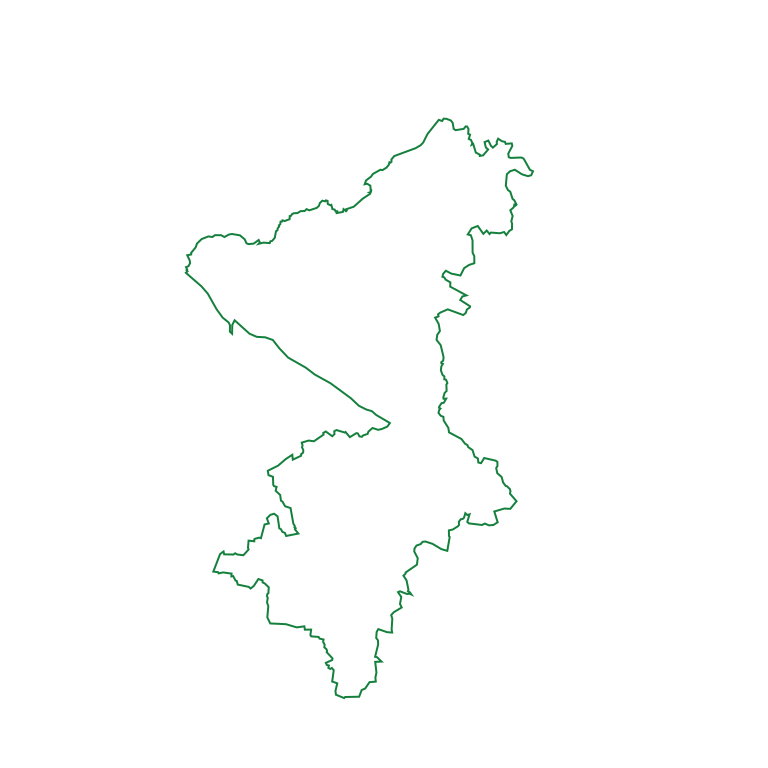 the district of Dundalk South Lea-7, Louth, Ireland, rotated 231°
{"feature_id": "5873133B29176849558462", "entity_name": "Dundalk South Lea-7", "entity_type": "district", "adm_level": 2, "iso_a3": "IRL", "parent_name": "Ireland", "parent_adm1": "Louth", "projection": "albers", "projection_center": [-6.463, 53.981], "detail": "fine", "context": "isolated", "style": "outline", "palette": "green", "viewbox_px": 768, "rotation_deg": 231, "n_neighbors": 0, "source": "geoboundaries", "source_scale": "gbopen_adm2", "svg_char_len": 6166}
<svg xmlns="http://www.w3.org/2000/svg" viewBox="0 0 768 768"><g transform="rotate(231 384 384)"><path d="M345.6,133.3L342.1,136.7L340.9,136.3L338.8,140.4L332.6,146.2L330.5,144.3L329.6,145.9L324.6,144.9L323.6,145.6L320.2,144.1L311.4,151.2L309.0,151.6L309.0,155.8L311.5,163.6L307.8,166.0L306.2,164.8L304.1,165.8L298.5,166.5L294.1,162.4L294.2,161.2L292.8,159.5L291.0,159.1L287.8,155.6L284.2,154.3L276.1,146.5L269.5,144.9L259.1,156.6L249.8,163.0L245.8,169.6L242.9,167.9L239.0,172.8L235.2,168.8L233.7,168.6L228.6,174.0L226.7,173.7L223.5,176.2L221.9,174.4L218.7,173.8L216.9,171.9L214.3,172.4L212.5,171.9L211.7,170.7L203.2,171.3L202.1,170.0L203.9,163.3L201.7,162.7L199.9,164.0L198.4,162.1L196.4,162.9L196.1,164.8L193.2,164.8L185.4,156.5L180.8,159.3L176.0,153.1L172.8,151.1L165.0,155.4L165.2,156.8L156.6,167.9L160.2,174.0L159.2,177.8L161.4,185.1L157.9,190.3L161.3,192.6L164.6,196.6L173.6,202.3L169.8,207.4L176.2,206.6L177.6,205.4L185.3,215.6L188.6,218.0L191.5,218.1L195.9,222.2L197.1,225.3L189.2,230.2L185.7,233.9L188.5,235.5L196.3,242.7L199.9,244.2L200.5,248.1L199.2,257.1L203.0,258.0L207.6,263.4L213.4,263.9L212.9,265.9L206.4,269.7L204.8,272.0L203.2,272.8L205.8,273.0L207.8,272.1L208.7,273.5L217.1,277.9L222.8,278.5L223.0,281.2L223.9,282.2L222.9,295.9L227.4,300.6L234.8,302.1L236.9,304.1L238.0,307.6L236.5,311.7L237.1,314.6L235.6,317.0L229.3,321.1L219.5,324.7L214.5,328.2L223.8,338.8L224.9,338.8L229.4,342.3L227.6,345.9L226.9,352.2L227.4,353.8L229.8,355.4L230.6,358.6L229.6,360.1L229.7,362.0L232.4,365.9L229.7,366.3L228.9,368.5L224.4,361.9L222.2,362.3L212.7,371.5L212.1,374.5L208.1,376.6L205.6,380.3L205.0,385.3L215.5,389.5L211.5,399.1L207.5,403.6L209.5,413.2L219.5,412.9L221.2,414.9L223.2,415.7L227.3,415.2L228.3,414.4L232.5,414.6L237.8,416.9L243.4,415.9L248.1,418.3L248.9,420.6L252.1,423.1L254.2,422.5L263.4,415.3L261.4,409.6L263.6,407.9L267.0,410.1L270.6,408.7L276.9,411.2L282.0,409.7L283.9,410.4L286.8,409.4L292.5,409.6L305.5,404.1L309.4,406.4L318.0,407.4L321.1,409.5L323.6,408.1L327.3,408.2L329.1,410.6L329.4,412.4L331.0,411.8L331.7,412.8L332.9,416.7L331.8,418.7L333.5,423.1L335.1,421.0L336.3,421.7L338.9,425.5L339.2,428.3L344.3,432.1L344.9,433.9L348.3,434.9L349.7,433.8L351.9,435.7L354.2,435.2L358.8,436.8L361.5,439.5L362.6,442.4L363.9,441.6L364.9,442.2L364.9,444.7L367.4,447.2L378.5,452.5L385.2,452.6L388.7,456.3L390.0,460.8L396.3,464.3L403.4,465.5L402.2,468.9L404.1,469.8L404.1,472.6L401.9,480.5L387.7,489.0L387.8,492.3L389.7,495.3L389.5,499.0L390.2,499.8L401.3,496.1L402.7,500.0L401.0,503.8L418.0,496.7L421.2,499.5L426.3,497.6L429.0,497.9L430.5,496.9L432.4,499.3L433.1,503.3L427.4,505.8L420.2,511.7L423.6,519.2L423.0,525.1L421.0,530.2L426.5,534.6L430.3,535.5L439.9,543.2L445.0,545.1L447.5,543.2L449.8,550.0L447.8,556.3L438.2,555.7L438.6,560.4L434.1,560.4L434.4,562.4L428.3,568.8L426.5,573.0L422.8,572.8L424.1,577.7L423.7,580.8L428.1,584.5L430.3,585.3L433.6,589.7L439.5,591.5L439.7,596.0L441.3,598.2L439.8,598.5L440.0,599.9L444.8,600.9L446.9,600.4L453.9,603.1L456.8,602.4L461.4,603.4L469.7,611.5L470.0,615.8L468.2,620.5L460.1,623.2L454.9,626.7L453.6,629.8L455.6,633.7L458.6,632.2L470.8,634.3L472.3,634.0L473.8,633.0L480.0,624.7L481.7,623.7L484.8,625.5L488.3,633.6L490.6,634.7L494.0,629.7L496.0,630.4L498.5,628.4L502.8,627.1L501.3,624.0L499.4,622.7L499.2,617.4L501.8,617.0L507.5,618.3L508.7,614.4L503.7,612.0L500.7,612.5L499.3,604.9L501.0,602.0L501.9,602.8L506.1,601.0L514.4,604.4L514.7,602.7L515.7,604.3L518.9,605.2L521.1,604.1L523.6,607.8L525.5,606.9L528.9,610.1L531.9,610.6L532.8,609.5L532.1,606.5L536.2,599.4L538.4,598.7L543.7,601.7L546.7,601.8L550.8,599.4L552.7,597.3L551.8,594.7L554.8,592.8L550.9,575.1L547.0,566.5L546.5,562.7L547.4,556.9L554.7,535.4L553.8,531.0L552.0,529.7L551.9,528.4L552.9,527.8L551.3,525.6L550.6,522.1L551.2,517.4L552.8,516.0L554.2,507.6L553.3,504.4L553.5,498.2L551.4,494.7L550.3,496.9L546.7,498.2L543.0,495.6L542.7,496.0L541.6,494.9L541.9,493.7L540.9,494.6L541.9,493.2L541.1,493.7L540.6,493.1L541.4,484.0L540.8,472.1L543.6,464.6L542.2,464.2L542.2,463.2L545.3,462.6L543.6,460.3L546.5,455.0L548.1,457.1L547.5,455.6L548.1,455.0L550.6,455.4L552.4,454.0L556.3,455.8L556.5,454.9L559.3,453.6L561.9,455.4L563.3,454.3L562.9,453.4L565.3,451.4L565.0,448.1L563.4,445.5L563.2,442.5L566.0,435.2L568.6,433.9L568.4,431.1L570.8,428.0L571.3,424.3L573.5,421.3L573.9,419.5L573.2,417.1L573.8,416.4L571.5,414.3L573.2,409.3L575.1,408.1L574.5,407.0L575.3,405.8L573.5,404.0L573.4,402.1L572.3,401.6L572.0,399.5L570.5,397.9L570.7,396.2L566.4,391.2L565.6,387.2L566.4,385.4L565.4,383.9L569.8,379.2L571.8,374.8L572.1,376.6L574.8,377.2L575.1,371.1L578.0,366.7L579.9,365.7L584.1,366.8L590.2,365.6L596.2,360.3L597.7,357.7L598.7,352.4L602.1,351.1L606.0,346.4L606.3,343.1L609.2,340.4L611.4,333.5L610.8,327.0L608.7,323.6L607.3,316.7L606.0,315.7L607.9,312.1L602.4,310.8L600.0,309.4L598.6,306.2L599.4,303.7L596.9,303.1L596.8,302.2L595.2,302.2L595.1,300.0L574.7,303.6L565.0,303.9L547.2,300.9L537.0,300.4L529.6,302.0L526.6,301.3L521.7,297.2L518.7,297.6L525.4,303.3L527.5,308.0L507.8,311.1L500.7,314.8L495.0,321.1L488.2,325.3L477.8,325.1L464.9,326.1L445.9,333.5L435.1,336.1L418.2,342.9L393.8,349.3L382.8,350.8L375.1,354.3L370.7,357.4L364.7,358.5L350.0,364.0L348.8,359.9L350.4,353.9L352.1,350.6L357.0,347.4L356.8,341.9L355.5,339.9L357.2,335.4L356.9,333.6L358.8,331.9L361.9,332.6L363.2,331.6L364.2,324.0L370.9,323.9L370.9,323.0L378.1,318.1L378.6,315.6L376.2,314.0L376.0,310.9L383.7,308.9L384.2,306.0L382.7,305.2L383.6,293.5L387.5,289.8L390.2,283.2L387.6,282.1L386.3,280.4L383.6,279.8L381.6,278.0L381.6,275.4L380.4,274.4L382.6,265.5L386.7,268.2L387.5,260.3L387.2,250.3L389.7,239.1L385.8,236.9L381.8,239.3L375.2,234.4L373.7,234.3L371.7,235.8L369.2,232.6L363.1,233.5L358.2,230.5L356.5,231.1L351.2,230.2L346.4,233.3L332.6,225.7L329.7,225.3L328.9,224.2L327.5,224.6L327.1,223.3L321.7,223.3L327.5,212.3L330.7,213.3L332.9,212.0L336.0,212.5L337.7,211.8L348.1,218.0L352.4,216.9L353.8,213.3L353.3,208.4L348.1,206.7L350.0,202.8L341.6,191.3L343.2,190.2L344.9,186.4L345.0,185.6L343.4,184.2L347.5,180.2L342.4,175.3L340.6,174.6L339.4,167.0L343.8,162.7L346.1,161.8L346.2,159.7L352.2,152.6L354.8,153.9L354.9,152.5L355.0,149.6L345.6,133.3Z" fill="none" stroke="#15803d" stroke-width="2"/></g></svg>